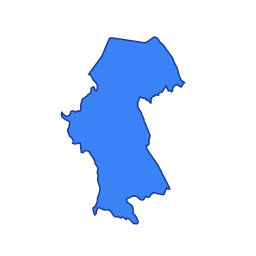 outline of Tabocão, Tocantins, Brazil, rotated 326°
{"feature_id": "56859067B31909496494613", "entity_name": "Tabocão", "entity_type": "district", "adm_level": 2, "iso_a3": "BRA", "parent_name": "Brazil", "parent_adm1": "Tocantins", "projection": "equal_earth", "projection_center": [-48.562, -9.085], "detail": "fine", "context": "isolated", "style": "filled", "palette": "blue", "viewbox_px": 256, "rotation_deg": 326, "n_neighbors": 0, "source": "geoboundaries", "source_scale": "gbopen_adm2", "svg_char_len": 3640}
<svg xmlns="http://www.w3.org/2000/svg" viewBox="0 0 256 256"><g transform="rotate(326 128 128)"><path d="M190.5,67.2L188.5,65.8L187.4,64.8L185.6,63.1L184.3,61.9L179.1,57.2L172.8,51.3L170.2,49.0L166.4,45.5L163.8,43.5L162.4,43.5L157.9,46.4L155.0,48.3L148.2,52.8L146.3,53.9L125.4,61.5L126.2,62.8L126.6,64.3L126.3,66.1L126.1,67.8L126.2,69.6L126.7,71.5L126.8,73.7L126.2,76.0L124.4,78.4L122.7,79.7L121.7,77.9L122.5,76.7L122.4,74.4L121.1,74.4L119.6,74.5L118.3,76.2L116.8,77.8L114.7,78.1L113.2,78.0L111.6,78.6L109.9,78.6L108.5,78.7L107.3,78.5L106.0,78.6L101.8,82.5L100.6,84.1L99.9,85.3L98.5,86.9L97.0,87.0L96.0,85.7L94.5,85.5L93.1,85.2L92.1,83.1L90.6,82.5L89.4,82.5L88.4,83.9L86.4,84.5L84.7,84.5L83.3,83.7L82.5,81.8L82.1,80.1L81.9,78.1L80.8,78.9L80.0,80.3L79.5,81.9L80.1,83.8L80.7,85.8L81.6,87.3L82.4,88.6L82.9,90.2L82.1,91.9L80.8,92.8L79.6,94.3L78.2,95.1L77.0,95.6L76.1,97.4L75.5,100.0L75.1,102.2L75.7,104.3L75.7,106.5L75.3,108.7L73.5,109.7L74.8,111.3L76.5,112.3L77.7,112.7L78.9,112.9L79.8,114.2L78.8,116.3L77.8,118.0L76.8,119.9L75.6,122.4L77.3,123.4L78.8,122.8L80.6,123.1L82.2,125.3L82.6,127.3L82.2,128.9L82.3,130.5L82.4,132.3L82.2,134.3L82.0,136.7L81.1,138.5L80.8,140.6L80.9,143.4L80.3,145.2L78.8,146.4L77.2,148.3L76.9,150.7L75.4,152.0L74.1,153.6L73.1,155.7L72.5,157.9L72.0,159.5L71.6,161.1L71.0,162.5L70.1,163.6L69.1,164.6L68.0,165.6L66.7,166.8L65.2,167.7L63.5,169.1L62.3,170.8L61.1,172.2L59.2,173.2L57.3,174.7L55.2,174.5L53.8,175.3L53.0,177.4L52.2,179.4L51.9,181.6L53.5,181.3L54.9,179.9L56.4,178.4L58.2,177.5L59.9,178.4L60.8,179.8L61.6,181.6L63.0,182.9L64.6,184.1L65.9,184.7L66.8,186.2L67.3,188.5L67.0,190.5L67.1,192.2L67.5,193.9L68.3,195.1L69.8,195.6L70.9,197.1L71.7,198.7L73.5,198.3L74.2,199.6L74.7,201.2L75.4,202.9L76.5,202.4L77.7,203.3L78.3,205.1L78.7,207.6L79.1,210.1L80.8,211.7L82.2,212.5L83.7,211.9L84.6,209.1L85.0,206.5L85.1,204.2L84.6,202.5L84.9,200.7L85.8,199.7L86.7,198.4L87.5,196.9L87.9,194.9L87.3,193.0L86.8,191.5L86.2,190.0L86.2,188.3L86.4,186.2L93.7,186.9L95.6,188.3L97.0,189.7L97.5,191.7L98.1,194.3L99.6,195.7L101.1,196.1L102.8,195.2L104.2,194.7L105.5,196.5L106.8,197.1L108.6,196.6L110.5,195.6L111.8,196.1L113.6,196.1L114.9,197.9L119.4,202.6L120.8,203.1L126.5,199.2L126.9,200.9L128.5,201.9L129.1,199.7L129.5,196.3L129.8,193.9L130.1,191.4L130.4,188.9L130.7,185.9L131.2,182.9L131.4,180.6L131.6,178.8L132.0,175.8L132.1,174.2L132.0,172.2L132.0,170.6L132.0,168.8L131.9,166.4L131.9,164.6L131.9,161.9L131.8,158.5L132.1,155.9L133.2,152.7L134.8,153.4L136.5,152.9L137.6,151.4L138.8,149.5L140.2,148.4L141.4,147.4L142.2,146.2L142.6,144.5L142.8,142.6L143.5,140.6L143.8,138.4L144.4,136.2L144.8,133.9L145.0,131.6L146.0,129.8L146.5,127.2L146.9,124.7L147.5,122.8L147.6,120.9L147.6,118.9L147.9,116.7L148.3,114.7L149.6,113.6L150.1,111.9L151.4,111.8L152.7,110.9L154.1,109.5L155.6,108.9L156.5,111.1L157.9,112.1L158.9,113.4L158.7,115.1L160.0,115.6L160.4,118.4L161.0,120.0L162.4,118.2L163.5,116.7L165.3,116.0L166.6,115.5L167.6,116.5L169.1,115.5L170.5,117.0L171.8,117.9L172.6,116.4L173.7,116.5L175.0,116.7L176.7,117.2L178.5,116.3L180.0,115.8L181.6,115.0L183.0,114.4L182.8,116.3L182.5,117.9L182.2,119.8L183.7,120.4L184.4,122.4L185.9,122.0L187.4,119.9L188.8,119.3L190.5,119.1L192.4,119.0L193.7,121.2L194.8,123.6L196.2,123.3L197.4,122.9L198.6,122.1L200.2,122.0L199.5,120.1L198.9,118.0L199.1,116.1L199.5,114.3L200.2,111.9L201.1,109.2L202.0,106.5L202.5,104.5L202.6,102.3L203.0,99.4L203.6,96.9L204.1,94.7L204.1,92.7L204.0,90.9L203.8,88.9L204.0,87.0L203.6,84.6L203.8,82.3L203.6,80.7L203.6,78.6L203.1,76.8L202.5,74.4L202.7,72.2L202.6,70.3L201.8,68.5L200.7,67.2L198.0,67.2L193.0,67.3L190.5,67.2Z" fill="#3b82f6" stroke="#1e3a8a" stroke-width="1.5"/></g></svg>